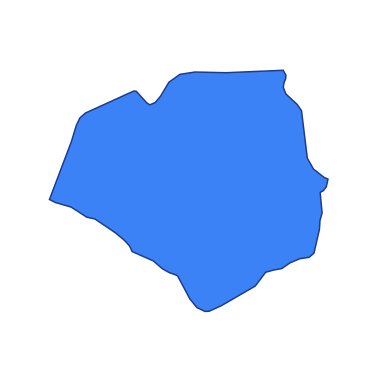 map outline of Oudalan (Natural Earth projection), rotated 336°
{"feature_id": "BFA-2805", "entity_name": "Oudalan", "entity_type": "Province", "adm_level": 1, "iso_a3": "BFA", "parent_name": "Burkina Faso", "parent_adm1": "", "projection": "natural_earth1", "projection_center": [-0.325, 14.611], "detail": "fine", "context": "isolated", "style": "filled", "palette": "blue", "viewbox_px": 384, "rotation_deg": 336, "n_neighbors": 0, "source": "natural_earth", "source_scale": "10m", "svg_char_len": 893}
<svg xmlns="http://www.w3.org/2000/svg" viewBox="0 0 384 384"><g transform="rotate(336 192 192)"><path d="M180.0,76.1L182.0,77.2L186.9,92.1L188.9,95.2L194.9,95.3L202.5,91.5L215.6,82.3L228.8,79.6L243.5,83.6L271.7,96.9L324.8,117.9L325.3,123.5L323.5,126.8L320.5,129.6L318.0,133.4L317.6,140.5L323.7,154.8L325.1,162.3L311.1,208.0L312.3,220.5L318.6,232.4L321.5,235.5L316.8,241.9L312.6,244.2L308.9,244.5L302.3,264.1L297.4,270.0L293.2,278.0L278.6,297.4L272.5,299.3L263.4,296.8L252.5,296.6L242.9,298.5L234.9,296.5L226.6,295.3L211.6,303.6L172.5,307.8L159.1,307.9L155.2,306.3L149.5,299.6L146.6,289.0L144.7,262.7L142.0,259.7L138.6,256.6L133.8,250.2L128.6,239.2L113.1,222.1L113.0,216.1L110.8,209.1L105.5,198.3L92.3,177.1L85.6,172.2L75.5,156.7L63.1,146.2L58.7,140.9L102.3,96.9L113.6,83.9L116.0,81.9L119.9,78.6L126.9,76.5L173.2,76.1L180.0,76.1Z" fill="#3b82f6" stroke="#1e3a8a" stroke-width="1.5"/></g></svg>